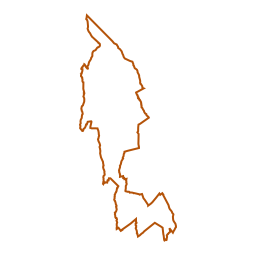 Tepatlaxco de Hidalgo, Puebla, Mexico (Robinson projection)
{"feature_id": "50627088B11175343650658", "entity_name": "Tepatlaxco de Hidalgo", "entity_type": "district", "adm_level": 2, "iso_a3": "MEX", "parent_name": "Mexico", "parent_adm1": "Puebla", "projection": "robinson", "projection_center": [-98.003, 19.146], "detail": "fine", "context": "isolated", "style": "outline", "palette": "amber", "viewbox_px": 256, "rotation_deg": 0, "n_neighbors": 0, "source": "geoboundaries", "source_scale": "gbopen_adm2", "svg_char_len": 5797}
<svg xmlns="http://www.w3.org/2000/svg" viewBox="0 0 256 256"><path d="M132.4,61.7L130.1,61.0L124.8,58.5L123.7,56.9L123.1,54.9L122.5,53.9L121.7,51.4L119.9,49.1L118.2,48.0L118.0,46.6L117.1,45.4L116.7,44.5L114.1,43.3L112.4,41.2L86.9,15.4L86.5,18.3L86.2,19.0L87.1,20.0L87.6,21.5L88.0,26.0L88.0,27.1L87.6,28.7L88.4,30.9L88.9,31.8L90.2,33.4L90.7,34.6L92.0,36.7L98.0,42.2L98.2,42.7L98.7,42.8L98.9,43.3L99.7,43.7L100.0,45.1L99.6,46.4L98.3,47.3L97.7,47.3L97.1,47.9L96.1,49.3L95.6,50.1L93.8,50.9L93.3,51.3L92.6,52.4L92.4,53.3L92.3,55.2L92.4,55.7L92.2,56.4L91.2,57.8L91.1,58.6L90.7,59.5L89.1,62.0L88.7,63.5L88.6,64.2L88.2,65.4L87.5,66.0L87.4,67.0L87.9,68.2L87.9,68.6L87.6,68.7L87.2,68.5L85.9,66.9L84.6,64.4L84.3,64.2L84.2,64.7L84.4,65.3L83.3,65.6L82.6,67.0L81.9,67.4L81.7,68.2L81.4,68.4L81.3,68.8L81.3,69.0L81.7,69.3L82.5,69.3L82.4,70.8L82.0,72.2L81.6,72.9L81.7,73.4L81.2,73.8L81.4,74.0L81.2,74.6L81.2,74.9L81.1,75.0L81.0,75.8L81.1,76.4L81.7,76.8L82.2,77.7L82.1,77.9L82.3,78.3L82.2,78.7L82.5,79.5L82.4,80.5L82.5,81.5L83.0,82.3L83.4,82.4L83.3,88.9L84.2,92.5L83.8,93.0L84.3,93.6L83.8,94.8L83.7,95.8L83.4,96.5L84.2,98.2L84.3,99.5L84.2,101.7L83.2,104.4L83.0,105.2L82.6,105.7L82.0,106.1L81.7,106.8L81.5,108.0L81.3,108.9L81.6,109.6L81.7,110.8L82.0,111.1L82.3,111.8L82.7,113.9L82.5,114.4L82.1,114.8L81.8,116.8L81.8,117.5L81.6,118.3L80.9,119.5L80.7,120.1L80.5,121.4L80.7,123.3L80.1,124.4L80.0,124.9L80.4,125.7L80.4,126.5L80.1,128.1L80.5,128.5L80.6,128.9L80.9,129.3L82.0,130.4L82.2,130.9L82.8,131.0L83.2,130.4L83.6,128.8L84.5,128.3L85.1,127.4L85.6,126.4L86.0,124.8L86.2,124.3L86.6,124.0L86.9,124.2L87.0,124.0L87.7,121.8L91.2,121.3L91.4,121.5L91.4,122.2L90.4,126.6L90.3,127.9L91.9,128.4L93.4,128.3L97.5,128.4L97.9,129.7L98.3,130.5L98.7,132.7L98.8,134.5L99.1,135.5L99.0,136.1L98.7,136.8L98.5,138.2L98.0,139.2L98.5,141.2L99.5,143.2L100.0,144.9L100.1,145.7L99.6,146.6L99.6,147.4L100.1,148.9L100.1,149.6L100.3,150.5L100.3,151.9L100.1,153.3L101.0,157.4L103.0,161.9L103.1,163.2L103.6,165.6L103.3,165.8L103.1,167.2L103.5,168.9L103.8,169.6L104.1,170.0L104.2,170.7L104.5,171.4L104.4,171.9L104.4,172.7L104.7,174.4L104.4,175.3L103.7,175.8L103.5,176.2L103.3,177.5L103.6,178.5L103.5,179.5L103.7,180.9L103.4,181.5L103.2,182.8L103.2,183.3L103.0,183.8L103.3,184.1L103.4,183.8L104.2,183.1L105.0,182.8L105.2,182.3L107.2,182.6L107.5,180.5L108.0,180.5L108.1,180.1L108.6,180.2L108.9,178.3L110.4,178.3L118.3,186.1L117.8,186.7L117.8,187.3L117.6,187.7L117.2,187.9L117.2,188.2L117.0,188.3L116.5,191.2L116.1,191.7L116.1,192.2L115.5,192.9L115.0,194.4L114.7,194.7L114.8,196.0L114.8,196.4L114.6,196.6L114.5,197.0L114.7,198.0L114.2,199.5L114.3,199.9L114.7,200.8L115.0,200.9L115.1,201.1L115.6,202.9L115.9,204.5L116.5,205.4L116.5,205.9L116.1,206.4L116.4,207.0L116.2,207.5L116.7,209.1L116.7,209.5L116.1,211.4L115.3,212.2L115.2,212.4L115.0,212.6L115.3,212.9L114.9,213.9L114.9,214.4L115.1,214.8L115.3,216.4L115.3,217.1L115.8,218.0L116.5,218.0L117.0,219.3L116.9,219.8L116.5,220.4L116.8,221.5L117.1,222.0L117.2,222.6L116.8,223.5L116.7,224.7L116.9,226.8L116.6,228.0L116.7,229.0L118.5,227.8L120.8,230.9L122.2,230.0L122.0,229.7L130.6,223.6L136.0,219.0L136.0,220.6L135.8,221.0L136.1,221.9L136.5,222.5L136.5,223.0L136.2,223.3L135.7,223.4L135.6,223.7L135.7,225.4L136.2,225.8L136.1,226.3L136.2,226.9L136.2,227.2L135.9,227.6L135.7,228.2L136.7,230.6L137.0,232.4L136.8,233.1L137.4,233.8L137.3,234.2L137.6,235.0L137.8,235.3L138.0,236.5L139.8,235.3L141.5,233.7L143.0,232.7L144.1,231.4L154.8,222.8L161.0,226.6L162.6,227.7L163.3,234.0L163.7,235.8L164.0,238.5L164.2,240.0L164.5,240.5L165.2,240.1L165.4,239.4L165.7,239.5L166.1,239.9L166.5,240.0L166.6,239.8L166.8,238.0L167.1,236.9L166.8,235.5L166.9,235.2L167.7,234.1L168.0,234.1L168.9,232.8L169.8,232.3L169.9,232.0L170.1,231.6L170.1,230.9L169.4,228.2L172.9,232.7L173.1,232.3L173.3,231.6L174.3,230.1L175.6,227.5L175.9,227.3L176.0,227.0L175.9,225.7L175.4,223.7L173.9,221.5L173.3,220.3L173.1,219.2L172.9,216.7L173.2,215.4L173.4,214.3L172.2,212.8L171.9,211.8L171.3,210.9L169.8,209.1L169.2,207.8L168.5,205.1L163.1,194.9L163.3,194.6L162.3,193.2L160.2,194.8L159.4,193.5L156.2,197.6L152.4,202.2L150.8,203.7L148.2,205.6L148.2,205.2L147.9,204.6L144.8,199.9L143.5,198.3L142.0,194.0L139.6,194.6L139.5,194.4L139.0,194.2L134.3,193.1L133.6,193.2L133.3,192.9L132.2,192.6L131.0,192.5L129.8,192.6L129.7,192.2L128.9,191.7L127.8,191.8L125.5,191.2L125.4,190.7L125.8,188.4L125.8,186.0L126.6,184.3L126.6,183.2L126.3,182.8L126.3,182.4L126.2,182.2L126.4,181.2L126.0,180.3L126.2,180.0L125.8,179.8L125.9,179.2L126.1,178.9L124.4,179.1L124.4,178.8L124.2,177.9L123.2,178.0L123.2,176.9L123.1,176.1L120.0,176.8L120.1,174.7L119.8,174.2L119.8,173.3L119.4,172.8L119.2,172.2L119.1,171.9L119.3,171.3L119.0,170.3L120.0,167.3L120.1,166.7L119.9,165.8L120.6,164.7L121.0,163.5L121.0,162.9L121.3,162.2L121.3,161.6L121.5,161.1L123.1,158.5L122.7,158.0L122.9,157.3L123.5,156.3L123.8,154.0L124.2,153.1L124.3,153.1L124.4,152.5L124.7,152.0L124.6,151.7L127.3,150.9L139.0,148.0L139.0,147.6L138.8,146.8L138.9,146.6L138.4,144.1L138.6,134.0L137.4,132.3L138.1,131.3L138.2,127.3L138.5,124.6L140.1,123.8L148.8,117.7L148.3,116.7L148.0,116.6L146.5,115.3L146.3,114.1L145.2,113.5L145.0,113.2L144.2,111.9L143.9,110.7L143.0,109.5L142.4,108.1L142.1,107.7L141.6,107.5L141.5,107.3L141.6,105.9L141.4,105.7L141.5,105.0L141.2,104.6L141.3,103.7L141.1,103.4L141.1,102.2L140.7,101.6L140.5,101.0L139.9,100.5L139.9,100.0L139.3,99.8L139.1,99.4L139.1,98.5L138.8,98.2L138.1,98.2L138.2,97.0L137.8,96.8L137.8,95.9L137.4,95.5L137.2,95.2L137.3,94.8L136.9,94.4L136.4,93.6L136.1,92.5L143.7,88.4L142.8,88.0L142.4,87.7L142.3,86.3L140.9,84.0L140.5,83.9L140.4,83.4L140.1,83.0L140.2,82.0L140.2,81.1L140.0,79.9L139.2,77.0L139.1,75.3L138.4,73.8L137.6,72.4L137.5,71.1L137.0,69.9L136.3,69.2L135.0,68.4L134.6,67.9L133.9,65.8L133.4,65.4L133.3,64.0L132.4,61.7Z" fill="none" stroke="#b45309" stroke-width="2"/></svg>